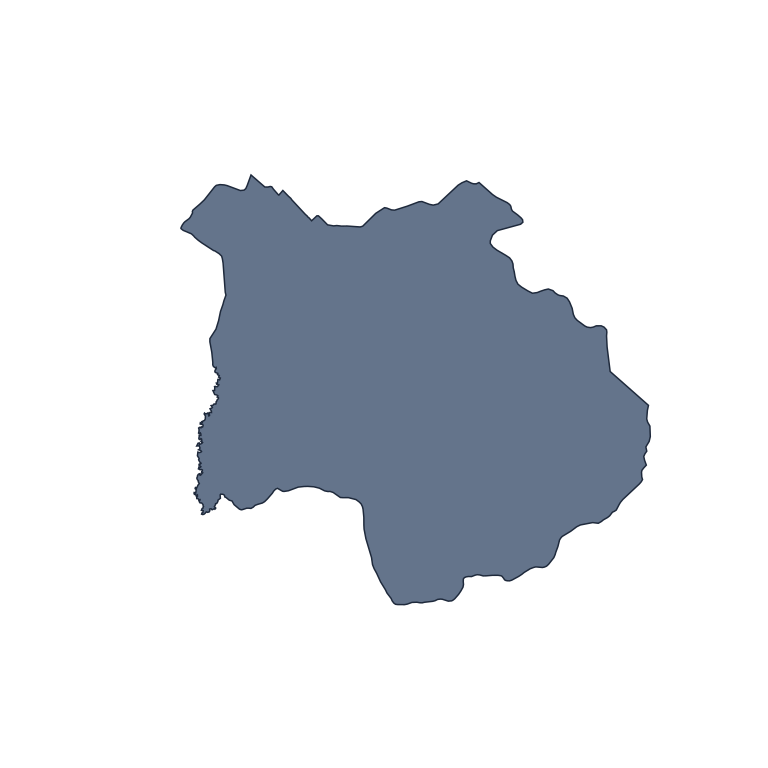 Ponhea Kraek, Kâmpóng Cham, Cambodia, rotated 41°
{"feature_id": "14789045B85253678396589", "entity_name": "Ponhea Kraek", "entity_type": "district", "adm_level": 2, "iso_a3": "KHM", "parent_name": "Cambodia", "parent_adm1": "Kâmpóng Cham", "projection": "albers", "projection_center": [105.837, 11.75], "detail": "fine", "context": "isolated", "style": "filled", "palette": "slate", "viewbox_px": 768, "rotation_deg": 41, "n_neighbors": 0, "source": "geoboundaries", "source_scale": "gbopen_adm2", "svg_char_len": 6170}
<svg xmlns="http://www.w3.org/2000/svg" viewBox="0 0 768 768"><g transform="rotate(41 384 384)"><path d="M332.8,601.5L333.5,600.6L333.8,599.3L333.8,597.1L335.1,596.6L336.0,595.1L335.7,593.9L334.5,592.8L335.3,591.6L336.8,591.7L337.7,589.5L338.5,589.5L338.6,588.7L338.4,588.0L336.5,587.9L335.9,585.4L335.4,584.8L336.1,583.8L335.9,582.5L335.5,581.3L334.9,580.6L335.5,577.6L333.1,575.2L333.0,574.3L334.8,572.9L336.5,572.6L338.0,573.7L339.2,573.3L343.4,573.2L346.0,572.0L350.0,573.4L357.0,573.3L358.8,572.6L359.5,571.8L361.9,567.8L363.6,566.3L365.2,565.2L366.1,562.7L366.3,560.2L367.7,557.6L370.3,553.6L371.1,551.1L371.4,547.2L371.4,539.8L371.0,536.9L371.2,534.4L372.1,532.6L377.8,531.5L379.0,530.7L381.9,527.3L386.9,518.1L390.9,513.8L393.6,511.3L398.5,507.6L403.6,505.0L409.3,503.6L412.3,501.9L413.7,500.5L416.8,499.2L425.5,498.3L427.6,496.7L431.7,493.1L438.7,489.6L442.7,489.3L445.4,489.5L448.2,490.7L450.3,492.2L456.3,497.9L461.4,503.7L464.2,506.6L471.8,512.6L488.5,523.2L493.9,527.9L497.8,529.9L502.7,531.7L511.3,535.6L519.9,538.3L523.4,539.8L530.1,541.2L532.4,542.3L535.1,542.9L537.2,542.7L539.0,541.5L544.3,537.0L546.0,534.8L548.4,530.5L552.0,527.1L554.4,525.7L556.4,524.1L557.8,522.1L563.3,516.1L564.7,514.1L565.8,511.4L567.6,509.4L569.2,508.2L575.0,505.7L577.4,503.2L577.9,501.8L578.3,499.7L578.3,493.8L577.8,489.7L576.9,485.5L575.5,483.1L573.6,481.3L571.8,479.1L571.7,477.4L572.5,475.7L573.9,474.0L576.4,471.9L578.2,468.5L579.4,466.8L581.7,465.2L584.7,463.8L587.0,461.7L591.2,457.4L595.5,453.6L598.2,451.9L599.2,451.7L602.0,452.2L603.1,452.6L604.3,452.6L605.9,451.8L607.9,450.2L609.1,448.3L611.9,440.8L612.9,437.2L613.4,434.3L615.5,427.6L617.4,424.1L618.6,422.4L624.0,418.5L625.2,416.9L626.2,414.8L626.5,412.1L626.1,403.6L625.1,400.5L624.1,398.4L621.9,392.6L618.8,386.5L618.4,383.7L618.5,382.1L621.6,372.4L623.1,365.3L624.7,361.5L632.4,351.7L637.1,348.5L638.3,345.1L638.7,342.6L640.3,338.1L640.8,335.4L640.5,330.9L641.4,328.9L642.0,326.8L640.5,320.5L640.1,318.1L640.0,314.4L642.3,291.9L642.3,289.0L641.8,286.5L639.5,285.0L636.3,281.7L635.3,280.0L635.1,277.1L635.2,273.1L630.7,270.6L627.6,268.3L626.7,265.4L626.4,262.3L622.9,259.7L621.8,253.4L619.5,249.0L612.3,241.3L607.9,239.8L605.2,238.0L600.1,231.1L597.6,226.6L546.5,226.2L528.1,209.7L520.4,201.7L518.2,198.7L516.4,197.1L512.8,196.7L509.7,197.6L506.0,200.9L504.6,203.8L502.8,206.0L500.0,207.8L497.3,208.5L488.2,209.2L484.6,208.8L481.2,207.2L476.3,203.4L470.1,200.3L465.9,199.1L461.7,199.9L458.4,202.0L456.7,202.6L453.4,203.0L450.3,202.7L445.7,204.5L443.5,207.5L441.1,211.6L439.7,214.4L436.5,218.1L431.3,219.4L424.3,220.6L419.6,220.8L415.6,219.2L412.2,216.8L408.6,213.8L405.3,211.5L402.6,208.8L399.8,207.2L396.0,206.4L391.5,207.0L381.3,208.9L376.3,209.2L372.0,208.2L370.3,206.2L368.2,200.5L368.9,193.9L382.3,173.8L382.7,170.8L380.8,169.1L378.4,168.7L373.9,168.7L367.5,169.2L365.6,168.5L363.0,166.6L361.1,166.1L358.0,166.3L346.3,169.3L341.6,169.8L323.5,169.6L322.3,172.4L320.5,174.0L318.5,175.0L313.0,176.5L310.8,181.0L309.5,185.3L306.7,212.6L303.8,216.7L300.4,218.6L292.9,221.4L290.8,223.6L284.9,234.5L278.0,245.8L275.4,247.7L270.7,249.4L268.7,250.6L265.8,260.6L264.4,278.9L263.0,281.1L252.5,289.0L248.5,292.6L244.4,295.4L242.3,297.7L237.0,300.9L228.7,300.2L224.2,300.1L223.0,301.1L222.3,308.3L218.4,307.8L216.6,307.9L215.8,307.6L213.4,307.6L193.7,305.5L191.8,305.0L188.9,305.0L180.7,304.3L180.7,310.4L179.9,310.5L172.7,309.5L169.9,308.8L168.5,309.6L167.2,311.5L164.8,313.5L146.5,313.5L150.5,323.9L151.5,327.2L151.2,329.5L148.7,332.2L135.4,337.2L132.9,338.5L129.4,341.1L127.1,344.1L126.8,346.4L127.6,362.9L127.0,369.1L125.7,378.1L126.2,379.6L127.3,380.5L128.4,385.3L128.4,387.1L127.3,392.1L127.2,393.8L127.5,396.4L128.2,399.1L128.8,399.9L131.6,399.8L140.2,397.0L143.2,397.1L145.0,397.4L149.5,397.4L154.3,397.0L167.9,395.1L168.7,394.6L174.1,393.8L177.5,394.0L179.7,395.4L183.2,398.3L204.0,418.9L206.4,420.6L208.7,426.5L210.3,429.7L213.0,436.5L217.6,444.7L221.2,452.8L222.8,463.9L224.9,466.4L233.3,473.1L240.7,480.1L242.2,481.9L243.8,482.7L246.1,482.5L246.4,481.6L247.3,482.3L247.5,484.5L248.4,485.8L249.5,485.8L251.6,485.0L252.0,486.0L252.8,486.1L254.1,485.7L254.7,487.3L256.6,486.9L257.2,488.7L256.4,488.8L255.6,489.5L257.7,492.6L256.9,493.3L257.8,493.9L259.9,493.1L260.0,495.3L259.1,496.1L258.3,496.4L257.8,497.1L258.6,497.7L260.4,500.0L259.2,501.2L263.1,503.0L265.0,502.0L266.4,501.9L266.6,503.3L267.9,502.9L268.6,503.7L268.5,505.5L269.0,506.6L269.0,507.7L269.8,508.5L270.2,509.5L268.8,510.6L269.0,511.5L268.7,512.4L267.7,513.7L269.8,514.2L269.8,515.2L268.9,516.8L269.8,517.2L271.5,517.6L272.5,518.7L271.6,519.2L271.2,519.8L271.3,520.6L273.0,522.3L272.7,523.0L270.1,521.3L269.5,523.0L268.6,523.7L267.6,523.7L267.9,524.6L270.2,525.3L272.1,527.7L272.4,529.2L271.2,531.9L272.1,532.1L272.0,533.2L270.8,533.7L271.5,534.8L272.8,534.2L273.7,533.4L274.7,534.0L275.3,535.5L274.2,536.2L274.6,537.1L273.1,537.8L273.0,538.9L274.4,539.8L275.8,541.7L276.2,542.7L277.2,542.7L277.5,541.4L278.6,541.9L279.5,542.9L278.2,544.0L278.8,544.6L279.9,546.5L280.8,547.0L281.6,546.3L281.6,545.3L282.4,545.2L284.0,546.6L283.3,547.4L284.4,547.6L285.4,547.2L285.5,548.2L284.5,550.7L283.2,549.7L282.5,550.7L283.3,553.7L284.5,552.5L285.3,552.0L287.1,553.0L287.5,554.1L287.2,555.3L289.3,554.4L290.6,554.7L290.5,555.5L289.8,556.8L288.2,557.5L290.3,560.6L293.5,561.6L293.8,562.8L295.4,563.5L296.5,563.8L297.9,563.8L297.9,564.9L297.1,565.5L297.4,566.5L300.1,566.6L299.9,568.4L298.9,568.2L299.6,569.8L301.4,569.4L302.3,568.3L303.3,568.0L304.0,568.8L303.8,569.6L304.6,570.4L305.4,570.1L305.4,573.2L304.6,573.5L303.9,572.4L303.4,573.1L303.1,574.2L303.5,575.8L304.1,576.5L304.3,577.5L304.8,578.1L305.9,578.6L307.2,578.8L308.0,579.7L309.9,580.3L309.9,582.1L310.8,585.4L309.6,585.8L309.9,586.7L310.6,587.0L311.4,586.6L313.3,589.6L311.9,590.4L312.3,591.1L313.4,591.7L314.2,590.9L315.7,591.7L316.0,590.2L316.9,591.1L316.9,592.3L317.9,593.3L318.6,592.7L319.7,592.6L320.3,593.1L321.0,592.1L321.4,592.9L321.2,593.6L322.0,594.1L323.2,594.4L324.4,593.4L326.5,593.7L327.5,594.7L328.2,594.9L328.3,595.7L328.8,596.3L328.4,597.3L329.1,599.2L330.6,598.2L331.6,599.7L331.2,600.7L331.7,601.9L332.8,601.5Z" fill="#64748b" stroke="#1e293b" stroke-width="1.5"/></g></svg>